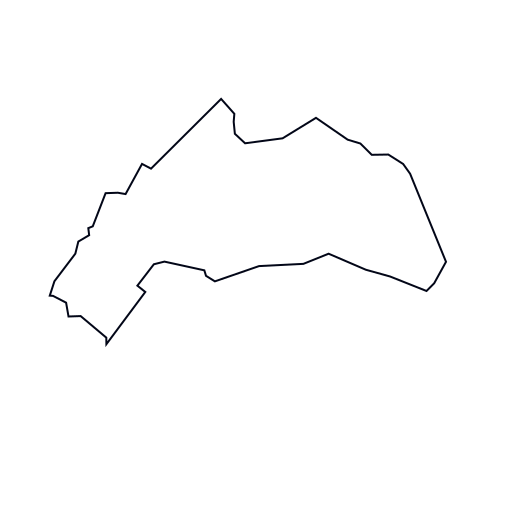 St. John the Baptist, Louisiana, United States of America, rotated 38°
{"feature_id": "52423323B25245708603821", "entity_name": "St. John the Baptist", "entity_type": "district", "adm_level": 2, "iso_a3": "USA", "parent_name": "United States of America", "parent_adm1": "Louisiana", "projection": "equal_earth", "projection_center": [-90.507, 30.091], "detail": "fine", "context": "isolated", "style": "outline", "palette": "ink", "viewbox_px": 512, "rotation_deg": 38, "n_neighbors": 0, "source": "geoboundaries", "source_scale": "gbopen_adm2", "svg_char_len": 749}
<svg xmlns="http://www.w3.org/2000/svg" viewBox="0 0 512 512"><g transform="rotate(38 256 256)"><path d="M117.9,414.2L120.6,412.4L135.1,409.7L145.5,419.1L154.8,411.3L188.3,412.5L192.4,417.6L190.9,352.5L180.8,352.4L180.6,325.4L187.3,316.8L224.1,299.1L228.8,302.4L239.2,301.3L264.6,262.1L298.2,233.0L311.8,209.5L351.0,199.2L374.3,189.6L411.9,178.6L413.2,167.8L409.3,143.6L360.6,115.7L326.8,96.3L315.3,92.9L297.8,94.6L284.9,105.0L269.0,103.1L256.6,107.9L218.2,110.2L204.5,146.9L178.0,173.9L164.1,172.7L155.8,164.0L151.4,157.3L131.8,153.7L126.4,196.8L119.5,251.8L109.5,253.6L115.1,287.5L108.2,291.2L98.8,299.1L109.1,333.1L106.7,337.3L111.7,342.3L107.1,354.0L112.2,365.4L112.7,400.0L117.9,414.2Z" fill="none" stroke="#020617" stroke-width="2"/></g></svg>